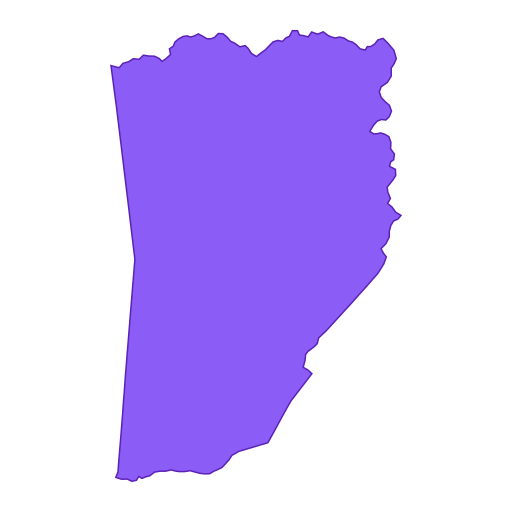 Adustina, Bahia, Brazil
{"feature_id": "56859067B2678119023213", "entity_name": "Adustina", "entity_type": "district", "adm_level": 2, "iso_a3": "BRA", "parent_name": "Brazil", "parent_adm1": "Bahia", "projection": "equal_earth", "projection_center": [-38.01, -10.577], "detail": "fine", "context": "isolated", "style": "filled", "palette": "violet", "viewbox_px": 512, "rotation_deg": 0, "n_neighbors": 0, "source": "geoboundaries", "source_scale": "gbopen_adm2", "svg_char_len": 2226}
<svg xmlns="http://www.w3.org/2000/svg" viewBox="0 0 512 512"><path d="M238.7,451.4L267.9,442.7L274.7,430.4L285.0,411.4L290.9,401.0L311.9,373.7L308.2,370.2L303.2,367.3L305.1,360.1L305.6,354.4L308.0,351.4L311.3,348.9L314.4,346.5L317.2,343.7L318.7,337.8L322.9,333.9L325.8,331.2L352.5,302.0L358.5,295.2L367.6,285.1L378.0,273.2L383.8,263.9L386.3,256.9L383.5,253.3L381.0,248.7L386.0,243.5L389.3,236.9L389.3,231.5L390.7,225.8L393.4,221.1L397.9,219.1L401.0,215.4L395.7,212.2L392.0,207.0L387.6,203.5L390.4,198.5L387.8,192.1L387.2,187.1L390.1,183.5L393.1,179.7L395.7,175.6L395.4,169.3L389.5,166.4L390.7,161.9L393.7,159.7L394.4,154.0L390.6,148.8L390.9,142.4L388.9,136.7L385.1,134.4L380.5,132.9L377.2,133.7L373.7,133.9L369.8,131.4L373.5,125.3L377.0,121.3L381.3,119.5L385.9,120.0L389.3,116.6L391.5,111.1L389.4,105.3L385.6,102.1L381.1,97.4L379.3,91.6L381.2,86.7L387.4,82.4L391.3,76.0L391.2,68.1L394.0,63.9L396.3,58.7L393.9,50.3L388.2,43.5L383.1,38.4L377.9,39.9L374.9,43.8L370.7,46.6L367.4,46.6L365.2,50.1L360.1,48.8L355.8,44.4L352.5,42.1L348.2,40.8L344.0,38.1L339.6,37.0L335.2,38.0L331.2,36.9L327.8,35.3L323.2,31.8L317.7,34.2L311.7,32.0L308.1,36.9L303.8,35.7L299.4,35.0L297.5,30.7L292.4,30.7L289.4,36.4L286.1,37.7L282.5,41.4L277.9,40.4L273.2,41.8L269.1,45.9L265.4,49.8L260.9,53.0L256.5,56.5L251.5,53.5L248.1,48.4L245.2,45.6L239.9,46.8L234.6,43.1L230.8,41.4L227.0,37.0L222.9,33.7L218.3,33.5L214.6,37.4L210.6,38.9L206.8,38.7L203.0,36.4L198.4,33.9L193.9,36.1L190.5,37.0L187.1,35.9L183.2,36.4L178.2,39.2L174.9,42.1L173.3,46.2L169.4,48.8L170.6,54.5L165.9,58.7L162.1,61.4L159.1,58.4L154.5,56.2L148.7,56.0L143.4,55.2L139.1,59.3L133.3,58.7L128.7,61.7L122.9,63.4L119.2,67.7L115.1,66.7L111.0,65.6L116.5,107.2L124.2,170.5L134.9,259.4L130.5,312.9L125.3,377.2L124.2,393.0L123.6,399.9L122.6,414.1L120.6,439.3L120.1,445.2L118.8,460.6L118.0,471.9L115.8,477.4L121.4,479.2L127.4,479.1L131.8,481.3L136.4,480.3L138.8,476.5L141.9,478.4L145.9,476.8L149.6,475.9L154.6,472.1L160.0,471.2L165.5,471.2L171.3,469.9L176.1,471.2L179.6,471.6L184.3,471.6L190.2,470.7L195.2,472.1L200.3,473.4L205.1,473.9L209.7,473.7L213.7,471.3L217.4,469.7L222.0,467.5L225.7,463.5L229.2,459.6L231.9,455.3L235.1,453.6L238.7,451.4Z" fill="#8b5cf6" stroke="#5b21b6" stroke-width="1.5"/></svg>